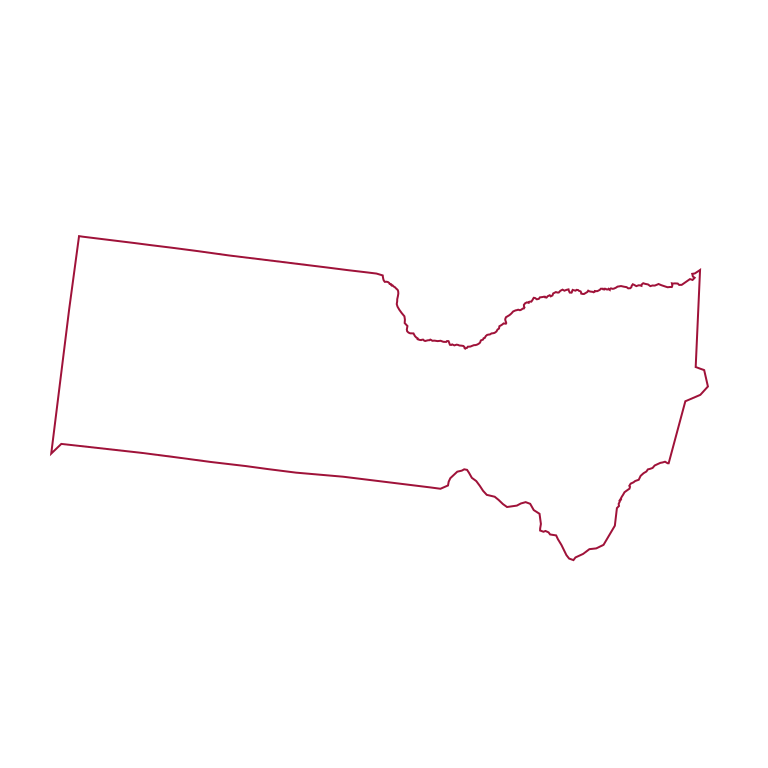 outline of Sierra, California, United States of America, rotated 187°
{"feature_id": "52423323B42525268241117", "entity_name": "Sierra", "entity_type": "district", "adm_level": 2, "iso_a3": "USA", "parent_name": "United States of America", "parent_adm1": "California", "projection": "mercator", "projection_center": [-120.733, 39.584], "detail": "fine", "context": "isolated", "style": "outline", "palette": "rose", "viewbox_px": 768, "rotation_deg": 187, "n_neighbors": 0, "source": "geoboundaries", "source_scale": "gbopen_adm2", "svg_char_len": 4467}
<svg xmlns="http://www.w3.org/2000/svg" viewBox="0 0 768 768"><g transform="rotate(187 384 384)"><path d="M91.8,340.0L82.8,403.6L68.7,411.8L62.2,421.0L67.9,436.8L76.7,438.8L84.2,535.7L85.3,534.7L89.0,531.6L91.5,530.9L90.5,528.3L88.6,527.3L90.4,524.9L93.1,525.4L98.8,520.3L100.6,518.7L103.1,518.3L104.7,519.5L107.6,519.3L109.2,518.9L110.5,519.0L110.1,517.8L109.8,516.7L110.2,515.3L111.7,515.2L114.3,514.6L116.5,515.0L120.9,515.9L123.7,516.7L125.2,515.8L127.2,514.7L129.5,514.5L131.6,513.6L134.1,515.0L136.9,515.2L139.0,515.6L140.4,514.1L140.4,512.8L141.8,513.1L143.3,513.0L145.5,511.9L148.1,513.0L149.2,513.3L150.1,511.7L150.3,510.3L151.2,509.1L153.3,508.7L155.0,509.7L157.5,509.8L160.7,510.1L164.1,509.1L165.6,507.8L167.6,506.6L169.0,506.3L170.4,506.6L171.6,505.7L171.4,505.2L171.4,504.9L172.4,505.4L172.8,505.8L173.4,505.1L174.6,505.0L175.6,505.5L176.9,505.4L176.9,504.7L178.1,504.7L178.9,505.2L180.4,505.0L181.3,503.7L183.5,502.2L185.2,502.0L186.1,502.0L186.1,501.3L187.1,500.6L188.2,500.9L190.5,500.9L191.8,501.1L192.7,501.5L193.4,500.1L196.5,497.7L198.1,497.6L199.3,497.8L199.5,498.9L200.2,499.9L201.8,500.2L202.8,500.9L204.4,500.9L205.2,500.0L207.3,500.2L208.2,500.4L208.6,499.3L208.7,498.2L209.0,497.5L210.8,497.4L212.0,499.3L212.4,500.4L214.5,499.6L216.3,498.6L218.3,499.4L220.3,498.0L221.7,496.1L223.1,495.9L224.6,496.2L227.1,494.5L227.6,492.4L229.2,491.3L230.3,492.3L232.3,491.0L233.2,489.6L234.7,489.7L234.8,490.2L235.7,490.2L237.0,489.7L239.8,489.0L240.7,487.4L242.6,486.7L244.7,487.8L245.9,487.8L246.5,486.4L246.9,485.4L247.8,483.7L249.0,483.6L250.2,483.1L250.3,482.2L251.0,482.3L252.0,482.5L253.7,481.4L254.8,479.6L254.5,477.9L253.9,477.1L254.4,476.0L255.4,475.8L256.8,474.5L258.1,473.8L259.9,474.1L261.4,473.4L262.4,473.1L264.7,471.7L266.1,469.6L267.8,467.7L269.6,466.3L271.1,465.1L271.6,463.1L271.2,461.7L270.4,460.2L270.1,459.4L270.4,458.7L271.1,458.7L272.7,458.7L273.7,457.6L275.0,456.5L276.5,455.4L276.6,453.1L278.0,451.8L278.8,449.8L280.5,448.2L282.2,447.6L283.5,447.3L284.9,446.1L286.2,445.8L287.6,445.3L288.8,444.0L289.7,441.9L290.7,441.6L291.1,440.2L293.2,439.0L293.7,436.8L294.9,435.5L296.3,434.5L297.8,433.8L299.5,433.5L301.4,432.5L302.8,431.7L305.4,431.2L306.0,430.0L307.2,429.5L307.7,429.0L308.5,429.6L308.7,430.5L309.8,431.4L311.7,431.5L313.9,431.4L315.2,431.8L316.7,431.9L318.9,430.9L321.2,431.6L321.9,431.0L323.2,430.9L323.7,431.6L324.6,433.4L325.2,434.4L326.7,434.3L327.3,433.4L330.2,433.1L333.1,433.8L336.0,433.1L339.1,433.2L341.3,432.8L342.5,433.4L343.5,433.7L344.2,433.0L345.6,432.8L346.9,432.3L348.4,431.7L349.7,432.1L350.6,432.8L351.6,432.6L352.5,432.1L353.8,432.1L355.5,432.4L356.2,432.6L356.3,432.9L356.1,432.8L355.9,433.1L356.0,433.3L357.8,434.2L359.2,435.4L360.9,437.8L364.2,437.5L365.9,438.0L367.4,439.1L368.0,440.8L367.8,444.4L370.9,447.0L371.1,450.5L372.0,453.7L375.1,456.6L377.8,459.5L380.0,462.4L381.1,464.9L381.0,467.7L381.2,469.8L380.9,472.9L380.8,475.6L381.2,477.6L381.7,478.8L383.0,479.9L383.7,480.3L384.8,481.3L386.2,481.9L387.3,482.8L388.0,482.5L388.9,483.1L388.7,483.6L389.5,484.1L390.1,484.0L390.6,484.0L391.1,484.9L392.6,485.7L394.0,485.8L395.7,485.5L396.9,486.8L397.5,488.1L398.2,490.3L398.5,491.6L404.9,492.7L414.2,492.7L434.1,492.6L454.6,492.7L473.5,492.7L516.4,492.7L553.7,492.7L584.8,493.2L610.9,493.4L632.8,493.4L648.2,493.5L663.6,493.5L685.2,493.5L700.9,493.5L704.7,493.6L705.6,419.6L705.8,274.4L697.0,285.2L617.0,286.1L582.3,285.9L546.6,285.5L511.2,285.7L488.7,285.4L460.6,285.3L413.2,287.0L383.4,287.0L370.9,287.0L349.2,287.0L325.4,287.0L315.2,286.9L308.1,291.1L307.9,294.9L306.7,298.6L300.6,305.9L296.2,307.5L294.0,309.1L291.1,308.9L288.8,306.2L285.4,301.6L280.6,298.9L276.5,294.6L272.7,290.1L268.5,286.5L260.4,285.6L256.1,282.9L251.3,279.3L246.9,276.9L237.3,279.5L233.6,282.1L229.0,284.0L224.3,282.9L220.0,277.1L213.8,274.1L211.2,264.2L211.4,259.7L211.2,257.6L207.7,256.8L205.8,257.8L202.6,256.8L200.8,254.9L194.7,254.7L192.5,251.2L188.3,245.9L182.1,236.4L179.0,233.3L174.5,232.3L172.8,235.2L165.7,239.6L160.0,245.1L153.3,246.7L146.5,251.1L137.6,271.5L137.7,289.2L135.9,291.6L136.5,293.6L135.7,295.8L136.1,296.8L135.5,298.0L135.0,297.7L134.6,298.6L134.9,299.4L134.2,301.2L133.2,303.2L132.1,305.9L129.2,308.6L127.6,310.0L127.3,311.9L128.1,312.8L127.0,315.2L124.4,316.8L122.9,318.3L119.5,320.0L118.1,324.1L115.5,327.1L112.9,329.1L111.7,331.4L109.4,332.3L107.2,333.4L105.4,336.1L102.7,337.8L100.1,339.4L97.9,340.1L95.6,341.1L92.8,339.9L91.8,340.0Z" fill="none" stroke="#9f1239" stroke-width="2"/></g></svg>